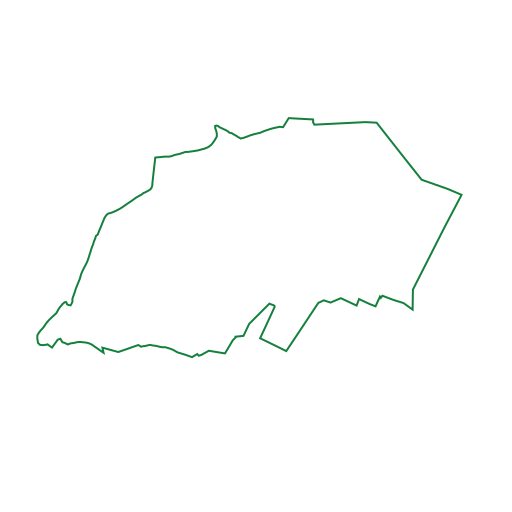 Montecristo de Guerrero, Chiapas, Mexico, rotated 205°
{"feature_id": "50627088B70814550942087", "entity_name": "Montecristo de Guerrero", "entity_type": "district", "adm_level": 2, "iso_a3": "MEX", "parent_name": "Mexico", "parent_adm1": "Chiapas", "projection": "equal_earth", "projection_center": [-92.623, 15.678], "detail": "fine", "context": "isolated", "style": "outline", "palette": "green", "viewbox_px": 512, "rotation_deg": 205, "n_neighbors": 0, "source": "geoboundaries", "source_scale": "gbopen_adm2", "svg_char_len": 3399}
<svg xmlns="http://www.w3.org/2000/svg" viewBox="0 0 512 512"><g transform="rotate(205 256 256)"><path d="M97.3,361.2L95.6,396.9L95.6,398.3L110.6,397.8L138.1,395.1L160.9,406.5L203.0,427.8L205.5,426.8L208.0,425.8L213.6,423.5L258.6,399.7L260.6,401.2L260.8,401.3L261.0,401.7L261.4,403.0L262.1,403.9L262.7,403.6L276.3,398.1L284.6,394.8L285.9,384.2L289.1,383.1L292.6,380.5L293.7,379.6L295.5,378.2L297.3,376.6L299.6,374.4L301.3,372.8L304.0,369.7L306.8,367.5L309.3,365.5L312.3,362.8L314.7,360.3L316.8,358.2L319.5,356.0L322.9,356.3L324.6,356.6L327.9,356.8L329.9,357.1L332.2,356.5L333.8,357.0L335.9,357.3L338.7,357.3L340.7,357.3L343.4,357.3L345.4,357.8L347.1,357.4L348.0,356.6L346.7,354.3L345.5,353.2L344.9,352.5L343.6,350.9L342.5,348.9L342.0,347.6L342.1,346.4L342.2,345.0L342.4,343.5L342.7,341.4L343.5,337.9L344.2,336.6L345.0,335.0L346.6,333.0L348.7,330.9L349.1,330.7L352.1,328.1L353.6,326.9L358.2,323.8L361.8,321.5L363.9,320.5L368.6,316.1L369.2,315.7L369.6,315.3L372.2,313.4L374.8,310.8L377.1,309.1L379.5,308.1L382.1,306.7L384.0,305.5L386.3,304.2L387.9,303.3L388.1,303.2L388.9,302.6L387.5,298.5L385.9,293.7L382.1,282.4L381.1,279.6L380.6,278.0L379.8,276.2L379.5,273.3L380.2,271.1L381.7,269.0L383.5,266.7L383.7,266.4L384.5,265.7L385.8,263.1L387.4,261.0L389.5,258.0L391.4,254.5L393.0,251.8L394.6,249.2L396.3,246.3L397.5,244.1L399.4,241.2L401.6,238.3L403.8,235.7L404.2,235.3L406.2,233.3L407.1,232.7L408.3,231.4L409.0,229.4L409.4,226.3L409.3,224.4L409.2,222.0L409.2,221.0L409.1,219.8L408.9,216.6L408.8,212.4L408.5,208.5L409.5,206.6L409.1,203.3L409.0,200.7L408.6,197.9L408.3,193.3L407.6,188.7L407.5,187.5L407.1,184.8L406.7,181.3L406.6,179.6L406.6,177.4L406.8,173.2L406.9,171.1L406.9,167.9L406.8,165.5L406.4,163.3L406.0,160.7L405.9,158.5L405.8,155.8L405.8,155.7L405.6,152.5L405.4,149.5L405.0,146.9L404.9,145.6L404.7,143.9L404.5,141.0L404.1,139.0L403.1,137.3L403.0,134.8L403.2,132.9L403.9,132.7L405.4,132.3L407.0,132.5L407.8,133.5L408.8,134.0L409.9,133.1L410.9,131.0L411.7,128.1L412.4,125.1L412.8,119.8L414.1,116.6L415.1,114.3L416.6,110.3L417.3,107.9L417.9,105.1L418.3,102.4L418.9,100.0L419.6,97.9L420.3,95.0L420.4,94.0L420.6,92.5L420.5,91.3L419.2,88.6L416.8,85.1L414.1,84.2L411.1,85.3L410.8,85.5L408.1,87.3L407.8,87.5L407.6,87.8L402.2,86.8L401.3,91.3L400.3,96.4L399.4,97.3L398.3,98.3L395.0,96.0L392.7,96.4L390.4,96.3L389.0,96.4L388.9,96.7L387.4,98.1L386.9,98.6L384.5,100.1L383.9,100.6L383.7,100.7L383.3,101.0L382.2,101.9L381.5,102.5L379.1,103.7L378.2,104.1L375.9,104.8L375.2,105.2L371.8,106.1L370.0,106.3L367.2,106.3L364.4,105.8L363.5,105.6L361.6,105.3L356.5,104.4L353.3,103.9L356.4,108.0L340.2,110.8L332.8,118.0L332.6,118.2L325.0,125.6L321.8,125.2L320.3,126.5L318.5,127.5L316.7,129.0L314.6,130.6L311.0,131.5L308.7,132.3L306.7,132.7L304.8,133.0L301.9,133.9L299.7,135.0L294.0,135.8L291.7,135.9L286.4,135.5L277.7,136.7L271.2,137.3L267.8,142.3L265.7,141.4L263.3,143.7L263.3,143.8L262.2,145.4L260.0,148.4L258.7,150.2L247.5,153.3L243.0,154.6L242.8,156.0L241.4,169.9L240.1,173.4L240.5,174.2L233.6,178.3L233.5,191.6L223.7,218.5L222.7,218.5L219.6,218.8L218.4,218.7L218.0,218.4L217.6,217.7L217.5,195.7L217.5,183.2L195.6,182.8L188.4,182.6L184.9,205.3L179.7,239.9L178.8,240.9L175.8,244.5L175.5,244.5L168.8,245.3L161.3,253.6L143.9,253.6L144.4,260.5L132.6,260.5L126.4,260.9L126.5,271.6L125.2,270.8L124.6,273.4L112.6,274.3L102.4,275.7L91.4,273.6L99.6,291.9L97.3,361.2Z" fill="none" stroke="#15803d" stroke-width="2"/></g></svg>